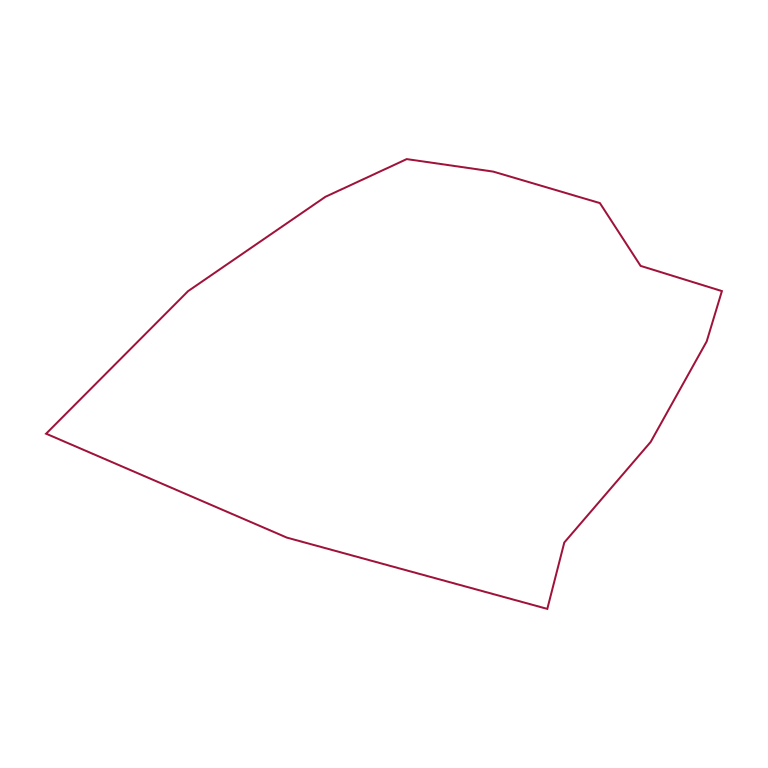 outline of Munxar
{"feature_id": "MLT-5984", "entity_name": "Munxar", "entity_type": "state/province", "adm_level": 1, "iso_a3": "MLT", "parent_name": "Malta", "parent_adm1": "", "projection": "orthographic", "projection_center": [14.23, 36.025], "detail": "fine", "context": "isolated", "style": "outline", "palette": "rose", "viewbox_px": 768, "rotation_deg": 0, "n_neighbors": 0, "source": "natural_earth", "source_scale": "10m", "svg_char_len": 294}
<svg xmlns="http://www.w3.org/2000/svg" viewBox="0 0 768 768"><path d="M547.3,608.9L286.8,537.6L46.1,433.7L188.1,291.1L325.4,196.8L406.7,159.1L493.2,171.6L599.9,203.1L640.6,265.9L721.9,291.1L706.7,341.4L650.7,441.9L564.3,542.5L547.3,608.9Z" fill="none" stroke="#9f1239" stroke-width="2"/></svg>